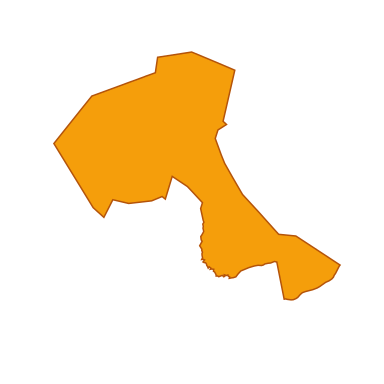 outline of Coronel José Dias, Piauí, Brazil, rotated 338°
{"feature_id": "56859067B76056994493653", "entity_name": "Coronel José Dias", "entity_type": "district", "adm_level": 2, "iso_a3": "BRA", "parent_name": "Brazil", "parent_adm1": "Piauí", "projection": "albers", "projection_center": [-42.3, -8.961], "detail": "fine", "context": "isolated", "style": "filled", "palette": "amber", "viewbox_px": 384, "rotation_deg": 338, "n_neighbors": 0, "source": "geoboundaries", "source_scale": "gbopen_adm2", "svg_char_len": 1774}
<svg xmlns="http://www.w3.org/2000/svg" viewBox="0 0 384 384"><g transform="rotate(338 192 192)"><path d="M244.1,62.1L210.6,54.2L202.7,67.7L194.3,67.4L192.9,67.3L190.4,67.3L175.4,66.8L135.1,65.5L119.0,74.5L82.1,95.3L90.8,147.2L91.1,149.0L94.5,169.5L100.8,182.5L115.7,169.5L129.0,178.9L151.3,185.1L162.6,185.0L164.6,188.6L179.5,170.1L189.8,185.2L192.3,191.6L197.7,205.8L195.2,208.9L193.8,210.6L191.8,222.3L191.7,224.5L190.0,225.8L189.6,228.1L188.6,229.7L188.3,231.8L188.0,233.1L184.8,235.7L183.5,236.5L182.9,238.6L182.6,239.9L182.9,241.5L181.7,242.5L179.0,244.7L179.7,248.7L179.1,250.1L179.2,251.7L178.2,252.8L177.7,254.1L177.1,257.0L175.7,258.2L177.2,258.6L178.2,259.7L176.0,261.0L176.9,262.1L178.1,262.6L178.4,264.0L178.2,265.7L178.5,267.0L178.5,268.6L179.9,267.8L181.0,269.6L180.0,270.5L181.4,270.8L183.2,271.8L182.2,273.5L183.0,274.6L183.2,276.2L183.3,277.8L182.9,279.0L184.2,279.4L185.1,280.6L188.1,280.6L189.2,280.9L189.5,282.4L190.7,282.5L191.0,280.9L192.6,282.3L194.2,282.4L194.1,283.7L195.1,284.7L194.2,286.0L196.4,286.4L198.1,286.9L200.9,287.1L202.4,286.2L204.1,285.2L207.7,283.5L216.4,283.4L220.7,283.8L222.4,284.0L225.8,284.7L228.9,286.2L230.9,286.4L232.6,286.0L236.0,286.6L238.3,287.3L242.4,287.3L244.4,288.7L237.3,325.9L239.0,326.3L239.9,327.1L243.4,329.1L245.5,329.8L248.3,329.8L250.5,329.4L254.0,327.6L256.6,326.7L259.7,326.8L267.4,327.8L272.0,327.9L275.0,327.5L280.4,326.2L282.3,325.8L285.8,325.7L289.1,325.0L291.3,323.9L292.6,322.5L294.5,321.3L296.6,319.5L300.7,315.9L301.9,315.2L279.3,282.5L271.8,271.7L256.5,263.7L254.1,257.1L246.3,235.5L237.9,213.2L235.1,193.6L234.2,186.7L233.0,177.7L233.0,168.5L233.2,163.1L233.6,151.1L239.3,144.2L249.3,142.3L247.3,138.1L277.3,95.1L257.8,75.6L244.1,62.1Z" fill="#f59e0b" stroke="#b45309" stroke-width="1.5"/></g></svg>